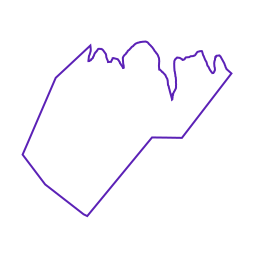 Norton, Mashonaland West, Zimbabwe, rotated 356°
{"feature_id": "62879985B7429577065299", "entity_name": "Norton", "entity_type": "district", "adm_level": 2, "iso_a3": "ZWE", "parent_name": "Zimbabwe", "parent_adm1": "Mashonaland West", "projection": "natural_earth1", "projection_center": [30.703, -17.887], "detail": "fine", "context": "isolated", "style": "outline", "palette": "violet", "viewbox_px": 256, "rotation_deg": 356, "n_neighbors": 0, "source": "geoboundaries", "source_scale": "gbopen_adm2", "svg_char_len": 5401}
<svg xmlns="http://www.w3.org/2000/svg" viewBox="0 0 256 256"><g transform="rotate(356 128 128)"><path d="M235.0,80.8L230.4,76.1L230.4,75.9L230.2,75.6L230.2,75.4L230.0,74.9L229.7,74.4L229.5,73.6L229.3,72.6L229.0,71.9L228.6,70.3L225.2,63.0L224.9,62.8L224.5,62.3L224.3,62.0L223.8,62.0L223.4,62.0L222.9,62.1L222.0,62.1L221.4,62.1L221.1,62.3L220.9,62.6L220.7,62.6L220.5,62.8L220.5,63.1L220.5,63.3L220.2,63.3L220.2,63.6L220.0,63.8L220.0,64.1L219.8,64.4L219.8,64.6L219.6,65.1L219.6,65.9L219.4,66.4L219.1,66.9L218.9,67.4L218.9,67.7L218.7,68.2L218.7,68.4L218.7,68.7L218.5,69.2L218.5,69.4L218.5,69.9L218.5,71.5L218.5,72.0L218.5,72.7L218.7,73.5L218.8,74.0L218.8,74.5L218.8,76.0L218.6,76.8L218.1,77.3L217.9,78.0L217.4,78.5L217.2,78.8L217.0,79.1L216.8,79.1L216.3,79.1L216.1,79.1L216.1,78.8L215.7,78.6L215.2,78.1L214.7,77.3L214.3,76.5L213.8,75.8L213.4,74.8L212.9,73.5L212.5,72.5L211.6,71.3L210.9,67.7L210.4,66.7L210.0,66.0L209.7,65.2L209.5,64.7L209.3,64.0L209.0,63.2L208.8,62.4L208.6,61.9L208.4,61.2L208.1,60.9L207.2,56.6L207.0,56.4L206.5,56.4L206.1,56.4L205.2,56.4L203.8,56.7L202.7,56.9L202.3,57.2L201.8,57.7L201.6,58.0L201.4,58.5L201.2,58.7L200.7,59.0L200.5,59.5L200.1,60.0L199.6,60.3L199.2,60.5L198.9,60.5L198.5,60.5L198.0,60.8L197.8,60.8L197.4,60.8L197.2,60.8L196.7,60.8L195.4,60.8L194.9,61.1L194.5,61.3L194.0,61.6L193.6,61.6L193.1,61.6L192.7,61.6L191.8,61.6L191.1,61.6L190.7,61.6L190.4,61.9L190.2,62.1L189.8,62.4L189.6,62.6L189.6,62.9L189.1,63.4L188.7,63.6L188.2,63.7L187.8,63.9L187.5,63.9L187.3,63.9L187.3,63.7L186.9,63.4L186.4,62.9L185.5,62.4L184.6,61.7L183.3,61.4L182.6,61.4L182.4,61.2L181.9,61.2L181.7,61.2L180.8,62.0L180.6,62.2L180.4,62.5L179.9,62.7L179.7,63.0L179.5,63.5L179.3,63.7L179.0,64.3L178.8,65.0L178.8,65.8L178.6,66.5L178.4,70.8L178.4,72.1L178.4,73.4L178.4,74.4L178.7,75.4L178.7,76.6L178.9,77.9L178.9,79.9L179.2,80.7L179.2,81.2L179.2,81.7L179.2,83.2L179.2,84.0L179.2,84.5L179.0,85.2L179.0,86.0L179.0,86.8L179.0,88.3L178.8,89.0L178.8,89.8L178.8,90.6L178.6,91.1L178.6,91.6L178.3,92.1L178.1,92.6L177.7,93.1L177.5,93.6L177.2,94.1L176.8,94.6L176.4,95.1L176.1,95.9L175.7,96.4L175.2,96.9L175.3,97.2L175.3,97.4L175.3,97.7L175.0,97.7L175.0,98.2L175.0,98.7L174.8,98.9L174.8,99.2L174.6,99.7L174.6,100.7L174.4,101.5L174.2,102.0L174.2,102.5L173.9,102.7L173.9,102.0L173.7,101.2L172.3,94.2L172.3,93.7L172.1,93.2L172.1,92.6L171.9,91.9L171.8,91.4L171.6,90.6L171.6,89.9L171.4,88.9L170.9,87.9L170.9,87.1L170.9,85.3L170.9,84.6L170.9,84.1L170.9,83.3L170.7,82.8L170.7,82.0L170.0,80.5L169.5,79.5L169.3,78.8L169.1,78.0L168.8,77.8L168.6,77.3L167.9,76.5L167.5,76.0L167.0,75.5L166.8,75.0L166.4,74.7L165.9,74.5L165.7,74.0L164.8,73.0L164.5,72.7L163.9,72.0L163.6,72.0L163.6,71.7L163.4,71.5L163.2,71.5L163.2,71.0L163.2,70.7L163.2,70.0L163.2,67.9L163.4,66.9L163.4,66.2L163.6,65.4L163.6,64.7L163.8,63.9L163.8,62.9L163.8,62.4L163.8,61.4L163.8,60.6L163.6,59.8L163.3,59.1L163.1,58.3L162.9,57.6L162.4,56.6L162.2,56.3L162.0,55.8L161.7,55.6L161.3,55.1L161.1,54.6L160.6,53.8L160.1,53.3L159.7,52.5L159.2,51.5L158.8,50.8L158.3,50.0L157.7,49.0L157.0,48.3L156.5,47.5L155.8,46.8L155.4,46.3L154.9,45.8L154.7,45.5L154.5,45.3L154.3,44.8L154.0,44.5L153.8,44.3L153.4,43.8L152.7,43.5L152.2,43.3L151.8,43.0L151.3,43.0L151.1,43.0L150.7,43.0L149.3,43.0L148.4,43.0L148.2,43.0L147.8,43.1L147.3,43.1L147.1,43.1L146.9,43.1L146.2,43.1L146.0,43.3L145.7,43.3L145.3,43.3L144.6,43.6L143.7,43.6L141.5,44.4L141.1,44.6L140.6,45.1L140.2,45.4L139.7,45.7L139.3,46.2L139.0,46.4L138.8,46.7L138.4,46.9L137.7,47.2L137.3,47.5L136.8,48.0L136.2,48.7L135.7,49.0L135.3,49.5L134.8,50.0L134.4,50.3L133.9,50.5L133.5,50.8L133.3,51.0L133.0,51.3L133.0,51.5L132.8,51.8L132.6,52.0L132.1,52.6L131.7,52.8L131.7,53.1L131.5,53.3L131.3,53.6L130.8,54.1L130.1,54.6L129.7,54.9L129.5,55.1L129.0,55.6L128.8,55.9L128.4,56.4L128.1,56.9L127.9,57.2L127.9,57.7L127.7,57.9L127.7,58.7L127.7,59.2L127.7,59.7L127.7,60.2L127.7,61.7L127.7,62.7L127.7,63.5L127.8,64.5L128.0,65.0L128.0,65.5L128.0,66.8L128.0,67.0L128.0,67.3L128.0,67.5L127.8,67.8L127.3,67.8L127.3,67.5L127.1,67.3L126.6,66.3L126.2,65.5L125.5,64.5L125.1,63.5L124.6,63.0L124.6,62.5L124.4,62.2L124.4,61.7L124.1,61.2L123.9,61.0L123.7,60.5L123.5,60.0L123.0,59.5L122.6,58.7L118.3,57.2L118.1,57.2L117.6,57.3L117.6,57.5L117.4,57.8L117.4,58.0L117.2,58.3L116.7,58.8L116.5,59.5L116.1,60.0L115.6,60.6L115.6,60.8L115.4,60.8L115.2,60.8L114.7,60.8L114.3,60.8L113.8,60.8L113.2,60.8L112.9,60.8L112.7,60.8L112.7,60.3L112.5,59.6L112.3,58.8L111.8,57.6L111.6,56.8L111.3,55.8L111.3,55.3L111.3,53.8L111.1,53.3L111.1,52.8L110.9,52.3L110.6,52.0L110.2,51.2L109.7,50.5L108.8,49.0L108.2,48.2L107.7,47.7L107.3,47.5L107.0,47.5L106.6,47.2L106.4,47.2L105.9,47.2L105.5,47.2L105.0,47.0L104.6,47.0L104.3,47.0L104.1,47.0L103.9,47.0L103.4,47.5L103.2,47.8L102.8,48.3L102.3,48.8L102.1,49.0L102.1,49.3L101.7,49.6L101.4,49.8L101.2,50.1L100.8,50.3L100.6,50.8L100.1,51.1L99.9,51.6L99.4,52.4L99.2,53.1L98.8,53.9L98.6,54.1L98.3,54.4L98.1,54.9L98.1,55.2L97.9,55.4L97.7,55.9L97.2,56.2L96.6,56.7L96.1,56.9L95.9,57.5L95.7,57.7L95.2,58.0L94.6,58.0L94.3,58.2L94.1,58.2L93.9,58.2L93.7,58.2L93.7,58.5L93.2,58.5L93.2,58.2L94.1,53.4L94.3,53.2L94.5,52.7L94.7,52.4L95.0,51.9L95.0,51.6L95.4,50.6L95.6,50.1L95.8,49.4L96.1,48.9L96.1,48.3L96.3,47.8L96.3,47.1L96.3,46.6L96.3,45.3L96.3,44.8L96.2,43.1L70.7,63.8L70.2,64.2L59.4,72.9L39.5,111.4L26.9,135.9L21.0,147.2L41.4,178.5L77.7,211.0L81.2,213.0L151.3,139.1L167.1,140.4L181.1,141.6L235.0,80.8Z" fill="none" stroke="#5b21b6" stroke-width="2"/></g></svg>